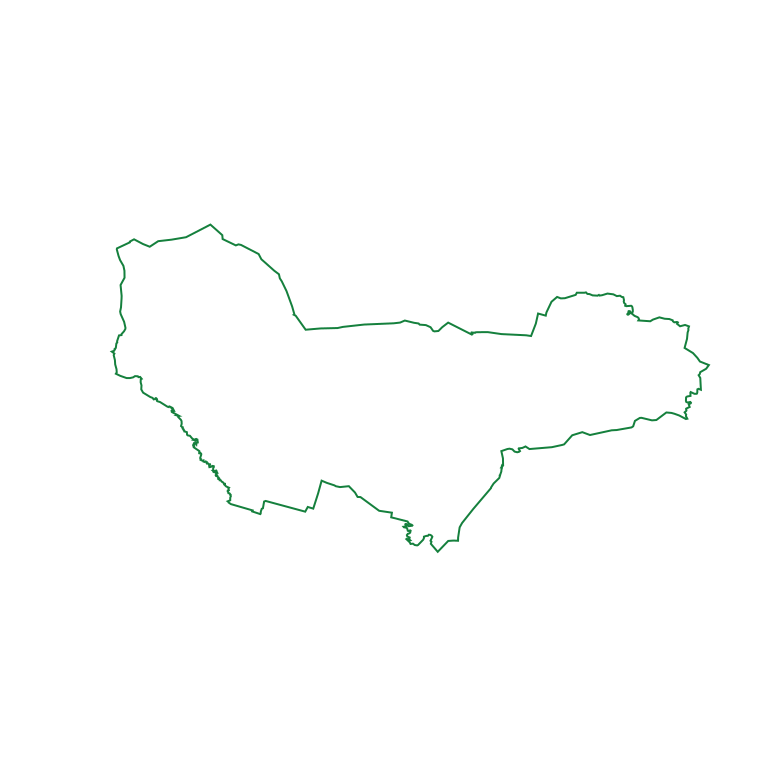 the district of Laucesas pag., Daugavpils, Latvia, rotated 201°
{"feature_id": "27541924B83584172222196", "entity_name": "Laucesas pag.", "entity_type": "district", "adm_level": 2, "iso_a3": "LVA", "parent_name": "Latvia", "parent_adm1": "Daugavpils", "projection": "natural_earth1", "projection_center": [26.54, 55.814], "detail": "fine", "context": "isolated", "style": "outline", "palette": "green", "viewbox_px": 768, "rotation_deg": 201, "n_neighbors": 0, "source": "geoboundaries", "source_scale": "gbopen_adm2", "svg_char_len": 6117}
<svg xmlns="http://www.w3.org/2000/svg" viewBox="0 0 768 768"><g transform="rotate(201 384 384)"><path d="M452.9,218.2L452.7,218.8L453.3,220.8L453.4,223.7L452.5,224.6L453.8,231.3L452.6,232.4L411.8,236.6L411.1,241.9L405.4,242.3L406.3,258.2L407.6,271.4L402.0,271.2L393.9,271.6L392.4,271.3L388.1,272.0L380.2,276.0L372.2,272.3L368.2,269.1L365.4,270.0L343.1,263.9L330.5,266.7L329.5,262.1L312.8,264.1L310.5,262.5L307.6,262.5L306.8,262.2L306.9,261.8L310.0,260.1L312.5,261.3L313.5,261.2L313.8,260.9L313.7,260.3L312.2,259.7L312.0,259.0L314.6,257.7L314.1,257.4L311.9,257.8L310.7,257.6L309.2,255.5L308.3,255.6L307.2,256.7L306.6,256.6L306.3,254.6L306.9,253.6L308.1,252.6L308.5,251.1L307.6,250.0L305.0,249.9L304.9,249.3L305.4,248.3L303.5,247.5L304.3,247.0L307.1,247.7L307.5,247.2L303.2,245.4L301.9,244.2L299.8,245.3L297.6,244.7L295.2,245.2L294.5,245.9L291.6,252.7L291.5,254.5L292.0,255.8L290.0,257.4L288.6,258.0L288.2,259.3L286.9,259.7L285.3,259.5L284.1,258.7L284.4,254.3L283.2,253.8L283.0,251.6L273.7,246.6L267.8,260.5L263.1,262.7L258.7,264.2L259.8,267.3L262.0,277.3L261.3,282.2L255.9,299.3L246.8,325.2L247.0,325.7L246.0,330.4L242.7,337.6L242.9,340.3L243.2,340.4L243.0,341.0L243.1,344.3L243.6,346.0L243.8,347.8L244.6,347.8L243.9,350.1L244.6,350.0L244.6,350.7L243.8,350.7L243.9,351.3L246.3,357.2L250.4,363.4L245.4,367.6L243.6,368.6L240.7,369.0L237.9,367.7L235.2,368.0L233.7,369.0L233.0,370.1L235.1,371.8L235.1,372.2L231.9,373.9L229.5,376.4L224.9,375.4L204.6,385.2L195.9,390.9L194.2,392.2L189.9,403.6L181.6,410.1L173.4,410.2L154.8,422.4L150.3,424.4L137.3,432.2L136.2,433.8L136.5,439.5L133.0,444.0L131.5,444.7L120.8,446.1L116.8,448.0L110.2,458.6L105.3,460.0L102.2,460.3L97.2,460.4L89.6,459.5L88.4,460.3L90.7,462.3L90.9,463.7L93.2,465.3L92.2,467.2L92.2,467.8L93.1,469.0L93.0,469.4L90.4,472.1L92.2,474.2L90.7,475.9L90.7,476.5L91.6,477.0L93.9,475.5L95.4,475.6L96.1,476.5L97.2,479.8L96.5,481.0L93.6,482.7L94.9,485.8L94.8,486.4L90.7,486.1L88.8,486.8L88.4,487.2L88.5,488.4L89.5,491.3L88.7,492.2L86.1,492.2L90.9,503.0L93.4,505.0L92.8,506.2L93.0,508.4L88.7,513.7L87.5,518.1L97.1,518.2L100.8,520.7L106.6,523.6L116.3,525.4L117.3,534.8L119.0,540.9L119.1,543.4L119.8,544.8L119.9,547.1L124.1,547.0L128.3,544.0L132.0,545.2L131.7,546.8L132.7,546.9L135.1,545.6L136.8,546.1L137.3,546.9L140.9,546.9L145.4,545.5L150.8,544.9L156.0,540.5L157.9,538.0L169.3,534.5L169.1,535.8L170.0,536.8L171.2,537.3L174.5,537.4L178.4,538.7L179.6,538.5L180.7,536.4L181.5,536.1L181.9,536.4L181.4,538.0L181.8,539.5L181.6,539.8L180.6,540.1L178.7,539.0L177.7,539.8L177.7,540.9L178.4,542.6L179.6,544.6L180.2,545.3L181.3,545.6L185.7,543.5L186.9,543.5L187.0,545.0L188.8,545.7L189.7,546.8L190.0,548.3L191.7,550.8L193.2,550.5L195.3,551.0L198.1,549.5L202.0,549.9L207.8,548.5L212.3,545.0L214.5,543.8L215.3,544.2L216.3,543.0L221.0,541.5L224.4,541.6L226.4,541.0L228.3,541.9L229.6,541.0L236.7,538.3L237.0,535.9L245.9,528.9L249.6,527.3L253.6,527.3L257.1,520.8L258.0,509.0L257.5,505.8L265.4,505.0L263.9,494.8L263.9,481.5L268.8,480.4L292.2,472.7L305.8,469.6L315.7,465.7L317.3,464.9L317.4,464.4L320.7,463.5L320.7,462.6L319.4,462.2L319.7,461.6L346.1,464.3L350.0,457.9L352.2,453.0L355.8,451.2L357.2,451.2L360.9,453.7L366.0,454.0L372.0,452.2L373.4,452.9L377.9,451.9L387.3,450.7L391.0,447.1L396.8,444.1L423.8,432.4L442.8,422.6L447.4,419.6L463.2,413.1L476.6,406.6L490.9,416.1L492.7,416.3L492.4,416.6L497.5,423.4L508.3,435.8L516.2,443.2L519.1,445.3L521.4,448.8L527.0,450.4L543.2,456.5L547.6,460.4L567.3,462.6L569.9,462.2L572.0,460.3L586.6,461.5L588.3,465.0L603.2,470.6L621.4,450.1L634.1,442.6L646.0,436.4L651.9,428.2L659.1,428.3L669.2,429.5L672.3,425.9L672.0,425.2L681.9,414.9L681.7,413.9L677.7,408.4L674.8,405.1L669.6,400.9L666.9,396.7L664.3,390.2L665.4,382.0L660.5,372.2L659.6,369.6L657.0,361.3L656.3,357.1L654.9,354.9L648.9,348.9L645.5,343.8L645.2,342.7L645.6,340.0L646.9,336.6L646.6,335.6L648.8,334.4L648.5,328.3L647.9,327.1L648.4,326.0L647.3,321.6L648.0,320.1L647.6,319.9L647.9,318.2L649.7,316.7L646.6,315.8L646.7,314.1L643.8,309.9L642.0,306.0L639.0,301.9L637.7,299.1L638.0,297.5L633.0,297.1L626.4,297.3L623.3,298.5L620.6,300.3L619.3,302.1L616.6,303.0L615.7,302.4L614.2,303.2L612.1,302.0L612.8,301.3L611.8,298.4L609.9,295.8L608.7,292.0L605.8,289.6L597.6,288.1L595.1,288.1L593.5,287.1L592.4,287.9L592.2,288.9L591.6,289.1L590.5,288.5L590.3,288.2L590.5,287.6L589.6,286.7L586.6,286.9L578.0,285.2L576.7,285.3L576.7,285.8L576.2,286.2L573.4,285.9L573.5,285.1L572.9,284.9L572.3,285.4L570.4,283.7L571.0,283.5L571.9,284.1L572.7,282.7L571.4,281.8L569.7,281.9L570.2,281.6L565.4,281.0L566.2,280.4L564.1,280.5L564.7,280.1L564.3,279.4L560.8,277.8L559.7,276.8L558.6,274.3L558.4,272.0L557.3,271.6L556.6,270.9L556.2,271.2L555.7,270.0L554.7,269.8L554.6,269.2L553.3,268.6L553.3,268.2L550.8,268.4L549.7,266.1L548.9,265.7L546.6,266.1L543.6,264.4L541.7,264.0L542.0,263.5L540.8,263.7L540.0,263.3L539.9,263.9L539.4,264.3L540.4,264.4L540.4,264.8L539.7,265.4L538.6,265.3L539.0,264.3L537.5,263.9L536.9,262.7L538.0,262.1L537.6,260.5L538.5,261.1L540.1,260.9L540.2,259.8L539.7,259.5L540.3,258.7L540.1,258.1L538.9,258.0L539.1,256.9L538.8,256.7L532.4,255.2L531.7,253.1L531.1,253.2L530.8,253.9L529.7,253.4L529.3,252.6L529.1,249.1L528.7,248.4L528.0,248.3L528.0,247.4L526.3,247.3L525.2,248.0L524.8,246.9L523.6,246.9L522.7,247.8L522.2,247.4L521.3,247.5L521.1,246.4L520.7,246.2L519.6,246.8L518.6,246.2L517.7,246.7L517.4,246.3L518.0,245.1L517.2,243.8L515.9,244.6L514.9,246.0L513.5,246.3L513.1,245.6L513.4,244.3L512.6,242.6L513.0,242.0L512.0,241.9L512.3,241.4L511.7,240.8L511.1,240.8L510.9,242.0L509.7,243.1L509.4,242.9L509.8,242.2L509.6,241.8L508.3,241.8L507.8,241.3L509.2,240.7L508.1,239.8L508.5,238.6L508.0,238.0L507.7,238.0L507.7,238.7L506.8,238.8L505.8,237.6L504.9,237.4L504.9,236.4L504.2,236.5L504.2,235.9L503.0,236.0L502.8,235.3L501.9,235.6L500.4,234.6L499.6,234.7L497.9,233.8L496.7,233.9L496.5,233.4L496.9,232.8L494.6,231.8L491.5,231.6L491.8,230.7L490.8,229.3L491.7,228.5L491.4,227.6L490.5,227.1L490.1,226.3L488.9,226.5L487.6,225.7L487.8,225.3L486.8,224.5L486.8,222.8L485.9,220.3L487.8,218.5L487.0,218.3L486.7,217.7L483.9,217.0L461.3,218.9L461.4,217.8L452.9,218.2Z" fill="none" stroke="#15803d" stroke-width="2"/></g></svg>